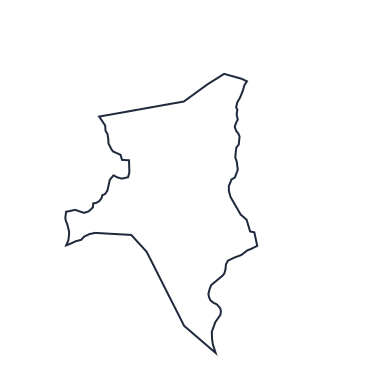 outline of Arcoverde, Pernambuco, Brazil, rotated 129°
{"feature_id": "56859067B76130441403103", "entity_name": "Arcoverde", "entity_type": "district", "adm_level": 2, "iso_a3": "BRA", "parent_name": "Brazil", "parent_adm1": "Pernambuco", "projection": "albers", "projection_center": [-36.998, -8.376], "detail": "fine", "context": "isolated", "style": "outline", "palette": "slate", "viewbox_px": 384, "rotation_deg": 129, "n_neighbors": 0, "source": "geoboundaries", "source_scale": "gbopen_adm2", "svg_char_len": 1528}
<svg xmlns="http://www.w3.org/2000/svg" viewBox="0 0 384 384"><g transform="rotate(129 192 192)"><path d="M256.1,117.3L252.2,118.5L237.8,115.6L235.0,115.6L231.4,117.1L227.0,120.0L222.9,120.9L216.1,117.7L210.1,114.1L202.4,112.2L199.3,110.4L192.8,107.4L184.1,118.2L186.1,122.0L179.2,132.1L178.9,140.0L171.6,159.0L167.9,164.1L164.2,167.1L157.3,169.2L153.8,167.8L145.9,170.4L140.2,176.4L138.0,180.0L134.2,182.6L129.6,185.5L125.8,185.5L119.0,189.9L117.4,192.8L116.7,196.1L114.4,199.9L110.3,201.3L106.9,202.0L103.6,206.2L99.7,208.4L98.4,211.0L93.8,213.2L88.2,214.1L81.1,216.3L76.0,218.5L71.4,219.0L72.9,225.0L80.0,241.4L98.8,247.8L126.9,255.3L135.8,263.1L191.8,311.6L192.8,308.3L195.0,301.3L198.9,297.7L200.0,294.4L203.2,290.7L206.8,287.5L209.3,282.0L210.2,279.1L208.8,273.6L208.1,270.9L211.1,266.6L209.0,263.7L207.0,260.9L216.2,253.0L220.8,251.0L225.8,255.0L227.5,258.9L228.5,263.5L234.4,263.5L239.1,261.1L244.3,258.6L248.4,258.3L251.0,259.7L253.5,258.5L257.3,258.3L260.6,259.5L263.0,261.6L266.2,259.4L269.1,259.6L272.4,260.3L276.2,262.8L279.4,271.6L283.1,274.5L286.6,277.4L291.8,274.2L293.7,272.1L295.2,269.2L298.3,265.0L300.1,262.6L302.7,260.6L307.3,257.7L312.6,256.2L309.4,254.3L303.5,251.4L299.0,248.1L294.5,247.7L289.2,245.2L284.6,241.4L276.3,229.8L263.6,212.2L267.0,189.6L270.4,182.0L286.6,146.0L301.0,113.8L302.2,72.4L297.2,80.0L293.8,83.7L288.2,88.6L278.5,92.0L269.7,92.6L266.6,94.4L264.6,96.8L263.7,102.0L264.6,105.8L264.6,109.4L263.1,112.5L260.8,115.2L256.1,117.3Z" fill="none" stroke="#1e293b" stroke-width="2"/></g></svg>